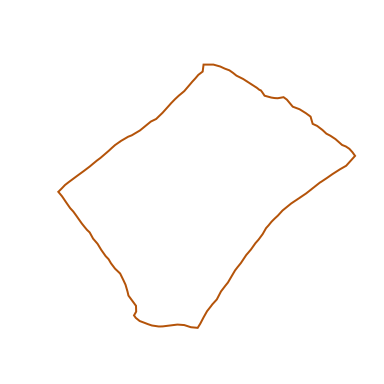 Huth, Amran, Yemen, rotated 309°
{"feature_id": "15242507B35105243625630", "entity_name": "Huth", "entity_type": "district", "adm_level": 2, "iso_a3": "YEM", "parent_name": "Yemen", "parent_adm1": "Amran", "projection": "mercator", "projection_center": [43.982, 16.275], "detail": "fine", "context": "isolated", "style": "outline", "palette": "amber", "viewbox_px": 384, "rotation_deg": 309, "n_neighbors": 0, "source": "geoboundaries", "source_scale": "gbopen_adm2", "svg_char_len": 1837}
<svg xmlns="http://www.w3.org/2000/svg" viewBox="0 0 384 384"><g transform="rotate(309 192 192)"><path d="M108.0,88.0L106.9,93.6L104.9,100.2L102.8,107.4L102.1,112.1L100.8,116.9L98.2,126.1L97.3,130.2L96.5,134.1L96.2,137.9L93.5,144.5L92.3,151.2L89.9,157.9L87.8,165.3L87.3,169.4L85.6,173.9L84.0,180.4L83.4,187.5L80.3,194.2L78.1,198.7L74.0,204.6L71.5,207.8L68.3,220.1L63.9,223.9L59.6,224.6L58.8,227.5L58.8,228.7L58.8,232.5L60.3,237.0L61.6,241.0L63.0,244.8L66.5,250.7L69.0,253.7L79.8,264.1L83.7,269.7L86.2,276.2L90.0,281.9L94.8,281.3L101.8,279.9L108.9,278.7L115.6,278.6L117.4,278.5L124.1,278.9L133.0,277.1L140.2,276.9L144.2,276.9L150.8,275.9L158.2,274.8L162.4,274.7L166.0,274.7L167.5,274.7L177.2,273.8L180.0,273.9L184.3,274.0L192.2,273.5L196.8,273.7L203.8,273.4L210.5,272.3L214.3,272.5L218.8,272.5L221.0,272.7L223.6,273.0L227.7,273.6L234.6,274.0L241.2,275.4L245.5,276.3L262.7,281.6L280.0,285.5L280.4,285.7L287.7,288.0L294.3,289.9L298.2,291.2L303.0,292.8L309.4,295.3L322.7,296.0L323.9,291.6L324.6,287.1L324.2,282.9L323.0,279.0L323.4,270.2L322.8,264.1L321.9,259.7L322.3,254.5L322.1,247.6L320.9,242.9L325.2,236.7L324.9,230.7L324.0,223.5L321.7,216.6L323.5,207.6L323.3,203.5L318.8,199.6L317.0,197.1L315.3,194.2L312.5,187.8L313.8,183.6L314.3,181.5L313.8,180.1L313.8,177.0L312.0,160.5L310.4,153.3L310.4,149.0L310.1,144.5L308.5,139.8L307.3,135.0L304.5,128.5L298.3,120.8L292.3,124.5L287.0,123.2L282.3,123.1L277.9,122.8L273.2,122.7L265.5,122.5L258.5,121.1L253.5,120.4L248.1,119.9L243.5,119.7L235.8,119.3L235.3,119.3L230.5,118.7L226.2,118.2L220.9,115.7L207.0,112.8L202.2,111.0L198.1,109.5L194.8,107.6L190.8,106.1L187.1,104.7L180.2,102.7L176.0,102.0L171.8,101.4L164.6,100.1L160.8,99.4L156.5,98.3L152.1,97.4L147.5,96.5L140.2,94.7L132.7,92.7L128.8,91.7L122.2,90.0L117.5,88.9L112.5,88.5L108.0,88.0Z" fill="none" stroke="#b45309" stroke-width="2"/></g></svg>